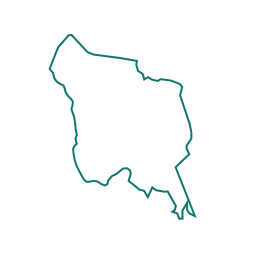 the district of Morrinhos do Sul, Rio Grande do Sul, Brazil, rotated 292°
{"feature_id": "56859067B77647106940694", "entity_name": "Morrinhos do Sul", "entity_type": "district", "adm_level": 2, "iso_a3": "BRA", "parent_name": "Brazil", "parent_adm1": "Rio Grande do Sul", "projection": "natural_earth1", "projection_center": [-49.972, -29.343], "detail": "fine", "context": "isolated", "style": "outline", "palette": "teal", "viewbox_px": 256, "rotation_deg": 292, "n_neighbors": 0, "source": "geoboundaries", "source_scale": "gbopen_adm2", "svg_char_len": 1224}
<svg xmlns="http://www.w3.org/2000/svg" viewBox="0 0 256 256"><g transform="rotate(292 128 128)"><path d="M190.2,95.6L183.2,68.6L183.2,62.0L193.1,40.8L191.7,38.2L176.9,33.1L172.4,33.0L153.5,33.2L150.9,37.9L147.0,40.6L144.4,44.3L143.5,48.1L143.3,52.1L141.4,54.1L138.0,56.6L135.1,60.6L133.8,64.0L131.7,67.1L128.0,68.1L124.7,68.3L122.2,70.2L118.1,74.0L112.3,77.3L107.7,79.7L102.3,83.2L99.1,83.2L96.7,84.4L94.2,86.4L91.6,85.2L88.1,84.9L84.0,87.0L78.6,90.4L73.7,94.5L70.1,98.6L66.8,102.5L63.7,106.5L62.5,109.7L64.0,112.8L65.9,115.5L67.0,119.7L66.0,124.6L66.2,128.3L68.4,129.9L71.8,129.3L74.5,130.1L77.7,131.3L80.9,134.4L88.6,138.6L90.3,142.3L89.4,145.8L86.6,147.7L79.2,148.4L76.2,158.4L75.1,161.4L75.8,166.5L71.3,172.3L82.0,172.8L80.8,177.2L82.5,185.4L84.0,188.6L73.6,201.6L69.5,202.1L67.0,200.6L67.3,205.6L63.1,209.4L64.4,212.5L71.8,209.4L80.6,210.8L74.0,213.6L71.7,217.4L71.4,223.0L73.8,220.7L109.5,186.8L126.7,194.6L131.1,189.8L133.6,189.0L141.9,190.7L147.3,188.6L155.1,183.5L159.6,179.6L177.8,164.1L186.5,162.8L188.2,159.7L188.1,150.5L186.6,144.0L185.4,139.9L182.8,138.0L181.8,132.2L182.6,127.5L179.1,124.8L183.6,121.5L184.7,115.9L189.7,112.0L193.5,111.1L190.2,95.6Z" fill="none" stroke="#0f766e" stroke-width="2"/></g></svg>